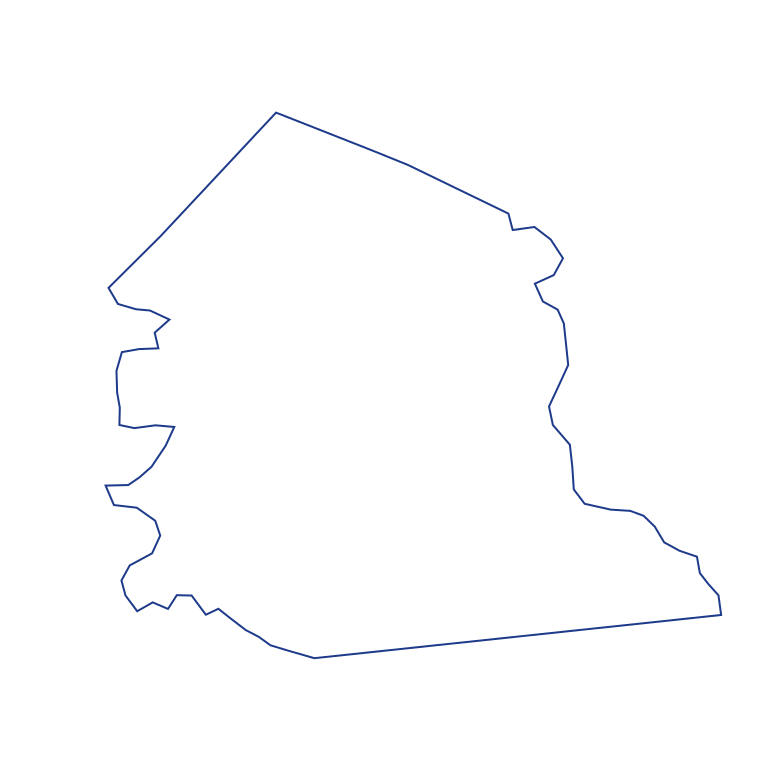 Caturité, Paraíba, Brazil (Albers equal-area conic projection), rotated 170°
{"feature_id": "56859067B30127882729659", "entity_name": "Caturité", "entity_type": "district", "adm_level": 2, "iso_a3": "BRA", "parent_name": "Brazil", "parent_adm1": "Paraíba", "projection": "albers", "projection_center": [-36.05, -7.423], "detail": "fine", "context": "isolated", "style": "outline", "palette": "blue", "viewbox_px": 768, "rotation_deg": 170, "n_neighbors": 0, "source": "geoboundaries", "source_scale": "gbopen_adm2", "svg_char_len": 1086}
<svg xmlns="http://www.w3.org/2000/svg" viewBox="0 0 768 768"><g transform="rotate(170 384 384)"><path d="M638.6,526.5L632.1,509.0L615.3,500.7L601.7,497.0L584.1,484.7L600.9,474.4L600.0,458.3L619.0,460.9L636.6,460.9L645.2,443.4L648.3,421.9L648.3,406.5L651.7,389.6L637.5,383.9L616.2,383.0L598.0,378.1L609.7,361.2L627.3,342.9L640.9,334.6L653.4,328.9L675.8,332.3L671.0,311.7L648.9,305.1L633.0,289.0L630.7,273.6L641.8,257.5L665.9,249.5L676.7,236.1L675.3,220.6L666.5,203.1L649.7,209.1L635.8,200.0L624.7,212.0L610.2,209.1L599.5,187.7L586.1,191.4L576.2,180.2L562.8,165.6L551.2,156.7L541.2,146.4L524.2,137.8L500.3,126.1L92.1,98.0L91.3,117.8L99.5,131.0L105.8,143.0L105.8,159.6L122.0,168.5L135.6,179.4L142.1,196.5L151.2,209.1L163.5,216.3L182.5,220.9L207.2,231.2L215.4,247.2L212.9,270.1L211.5,291.9L224.8,314.3L225.4,333.2L213.2,350.6L199.3,370.7L197.8,391.9L196.4,412.5L200.1,427.1L213.2,437.7L218.0,456.6L197.9,461.8L185.9,476.7L194.7,497.3L208.6,512.5L230.5,513.3L231.9,530.2L322.3,595.5L355.2,616.1L443.2,670.0L578.1,568.6L638.6,526.5Z" fill="none" stroke="#1e3a8a" stroke-width="2"/></g></svg>